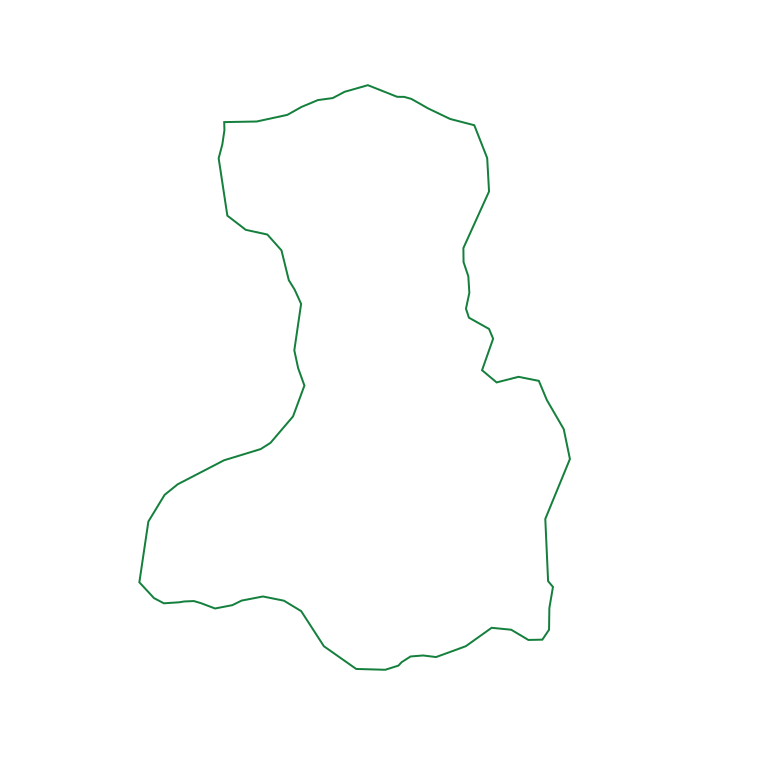 the border of Mus, rotated 288°
{"feature_id": "TUR-2310", "entity_name": "Mus", "entity_type": "Province", "adm_level": 1, "iso_a3": "TUR", "parent_name": "Turkey", "parent_adm1": "", "projection": "mercator", "projection_center": [41.844, 39.013], "detail": "fine", "context": "isolated", "style": "outline", "palette": "green", "viewbox_px": 768, "rotation_deg": 288, "n_neighbors": 0, "source": "natural_earth", "source_scale": "10m", "svg_char_len": 1162}
<svg xmlns="http://www.w3.org/2000/svg" viewBox="0 0 768 768"><g transform="rotate(288 384 384)"><path d="M357.9,308.8L372.6,297.4L388.3,288.3L434.6,280.4L446.1,269.9L453.3,261.4L479.4,245.2L490.1,226.9L487.9,204.9L495.7,183.0L547.6,157.0L561.9,156.2L576.1,153.8L583.7,151.1L594.3,181.8L610.1,208.9L622.1,220.0L633.6,233.4L640.1,246.9L649.7,256.2L663.2,276.3L661.2,307.8L663.3,314.4L663.6,321.9L659.7,340.9L656.5,365.0L658.0,389.9L630.8,412.3L599.6,424.4L537.8,417.5L524.5,422.0L512.5,430.9L497.1,437.0L480.9,438.7L473.3,444.3L468.8,466.9L460.8,473.8L427.4,473.0L420.3,490.6L432.4,509.7L434.8,530.3L419.0,543.9L396.6,568.9L370.1,584.0L305.5,579.1L247.2,601.0L243.2,607.4L222.0,610.5L201.3,616.9L189.8,613.6L185.2,600.4L189.6,580.9L185.4,561.7L159.9,542.8L140.4,517.9L137.9,505.1L133.1,493.5L125.0,486.8L120.6,484.7L112.6,473.5L104.4,445.6L116.0,407.9L142.4,375.4L147.0,355.8L144.5,334.5L134.0,315.5L126.8,308.1L118.3,292.7L119.0,277.7L118.8,270.2L115.4,261.1L113.2,256.9L107.4,242.4L109.3,231.4L119.8,212.6L180.4,202.4L210.8,209.6L224.9,218.8L262.0,255.4L284.0,286.8L292.9,294.2L325.1,307.5L357.9,308.8Z" fill="none" stroke="#15803d" stroke-width="2"/></g></svg>